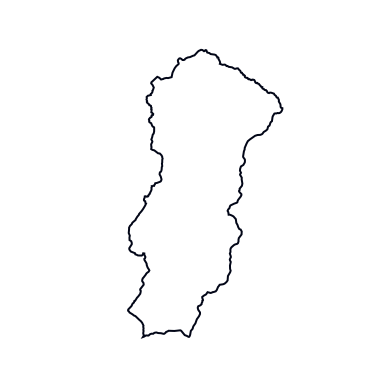 outline of Acevedo, Huila, Colombia, rotated 324°
{"feature_id": "7082276B6986127045268", "entity_name": "Acevedo", "entity_type": "district", "adm_level": 2, "iso_a3": "COL", "parent_name": "Colombia", "parent_adm1": "Huila", "projection": "mercator", "projection_center": [-75.971, 1.706], "detail": "fine", "context": "isolated", "style": "outline", "palette": "ink", "viewbox_px": 384, "rotation_deg": 324, "n_neighbors": 0, "source": "geoboundaries", "source_scale": "gbopen_adm2", "svg_char_len": 6036}
<svg xmlns="http://www.w3.org/2000/svg" viewBox="0 0 384 384"><g transform="rotate(324 192 192)"><path d="M316.9,166.1L316.2,165.5L316.1,165.2L316.4,163.5L315.9,161.9L316.1,160.6L314.5,158.3L313.5,157.4L312.5,157.3L311.8,156.4L311.6,155.6L311.9,154.6L311.8,153.2L311.3,152.9L311.2,152.5L310.7,152.0L310.6,150.6L310.1,150.2L309.9,149.7L310.0,148.9L310.5,148.4L310.1,148.0L309.7,147.1L309.9,146.3L309.6,145.3L309.7,144.1L309.0,143.0L309.0,142.2L308.2,141.9L308.0,141.3L307.7,141.1L307.7,140.2L308.0,139.8L308.2,138.0L307.3,136.8L306.6,136.5L306.3,136.6L306.1,136.4L305.9,136.4L305.5,136.1L305.5,135.7L305.0,135.1L304.8,134.4L304.0,134.0L303.8,133.1L304.0,132.8L303.9,132.2L303.2,131.7L302.5,130.6L302.4,130.1L302.5,129.6L303.1,129.1L302.9,128.0L302.3,127.2L302.6,126.8L302.3,125.5L302.5,124.9L301.8,124.1L302.3,122.2L302.0,121.3L301.8,118.9L300.6,118.2L299.6,117.9L298.8,117.3L297.7,114.7L295.2,112.2L294.8,110.9L294.0,110.4L293.8,108.9L293.4,108.2L291.4,107.0L289.9,104.7L290.4,104.4L291.0,103.5L291.4,102.0L291.6,100.2L291.7,99.7L292.2,99.2L292.1,98.1L291.6,97.9L291.8,97.4L291.7,95.1L291.0,94.1L288.1,91.3L287.8,89.9L286.3,88.1L286.9,85.9L286.6,85.3L285.9,85.1L285.3,85.4L284.5,85.2L283.9,83.3L282.9,82.3L280.3,81.8L279.1,81.9L274.3,82.9L273.0,82.4L269.7,81.7L267.7,80.7L265.7,80.3L264.6,80.3L263.9,80.6L262.9,80.4L261.9,79.6L261.6,78.0L261.0,76.9L260.3,76.5L259.1,76.7L258.0,77.1L257.1,78.7L257.1,79.3L256.9,80.0L256.3,80.6L253.2,80.9L250.7,81.7L246.4,84.0L243.0,87.1L239.6,85.8L238.4,84.7L236.1,83.7L235.3,83.7L233.1,82.8L232.7,80.4L231.6,78.4L223.6,79.4L222.8,80.2L223.0,82.1L222.5,85.0L222.1,85.3L220.3,86.6L219.5,86.8L219.2,87.4L218.6,87.9L217.1,88.5L216.3,88.4L215.7,88.9L215.6,89.3L212.9,88.2L211.1,88.5L210.6,89.6L209.5,90.5L209.1,92.2L208.4,92.5L208.2,93.3L208.8,96.0L208.5,96.7L209.2,97.5L209.4,98.3L208.9,99.0L208.8,100.0L207.7,100.9L207.9,101.4L205.9,103.7L206.3,104.5L206.5,106.1L205.8,106.7L205.2,106.3L204.4,106.3L204.0,106.6L204.0,107.0L203.2,107.5L201.7,107.3L201.4,107.5L200.4,107.6L199.6,108.2L199.5,109.0L198.7,109.9L198.6,110.6L199.4,112.4L199.0,113.8L198.7,115.3L198.7,116.0L199.3,117.1L199.2,117.7L197.0,120.7L195.3,122.2L194.0,122.5L191.7,124.5L190.0,125.6L189.7,127.7L189.4,128.1L187.0,129.4L185.8,131.3L185.7,131.8L184.2,133.3L184.7,134.6L186.0,136.2L187.3,140.7L188.6,142.0L188.9,144.3L188.7,145.8L188.3,146.4L187.8,147.8L187.0,148.3L185.1,150.8L184.5,151.2L183.1,153.6L182.2,154.1L180.7,155.9L179.7,156.8L178.8,157.3L177.8,157.2L177.0,157.7L176.1,158.8L175.8,161.1L174.8,163.8L174.0,164.5L173.0,165.0L172.0,164.9L169.1,164.1L167.4,163.3L166.5,164.0L165.4,164.3L165.0,164.7L164.3,164.1L163.3,164.1L162.9,163.7L162.6,164.2L161.9,164.5L160.8,166.1L159.8,166.9L158.1,167.7L157.7,168.1L156.8,168.3L156.6,168.7L154.6,169.1L154.0,169.3L154.1,169.6L153.8,169.7L152.7,169.3L152.0,168.2L151.2,167.8L150.4,168.7L148.9,169.6L148.3,170.4L148.2,170.8L148.7,172.0L147.8,173.7L147.7,174.2L147.9,174.4L146.2,175.4L142.7,176.9L140.1,177.8L136.2,178.7L135.7,179.2L133.3,179.8L130.6,180.9L130.0,181.4L125.7,181.8L124.3,182.6L121.8,183.0L120.0,184.0L119.5,184.8L116.7,188.0L116.0,190.8L114.7,192.0L113.2,194.2L113.9,196.1L113.3,197.9L112.5,198.9L108.2,200.6L107.5,201.8L107.5,204.2L109.9,208.0L109.5,209.1L110.3,210.2L111.0,211.6L114.0,213.9L115.3,213.8L116.5,212.9L117.3,213.7L116.6,214.6L116.1,217.2L115.0,218.0L114.1,218.1L113.6,219.0L113.3,222.5L113.0,223.7L112.5,224.3L111.7,227.0L111.6,229.2L111.4,230.4L110.1,231.0L108.1,231.0L106.9,231.2L106.2,231.6L102.5,232.7L101.4,232.9L99.9,234.0L99.3,234.9L99.3,237.1L98.4,238.6L93.0,240.2L92.5,240.8L92.5,241.7L91.9,242.5L90.3,243.9L87.1,244.9L85.4,245.2L82.0,246.6L81.6,246.3L81.2,246.3L80.2,247.2L79.4,247.4L78.5,247.3L76.0,248.7L71.6,249.5L70.8,250.0L70.5,250.7L70.8,251.7L70.6,252.7L72.0,256.1L72.4,257.7L73.3,259.2L74.3,264.9L74.7,266.3L74.8,268.5L74.2,271.6L73.3,272.4L72.7,273.8L71.5,275.0L71.2,275.9L69.8,277.3L69.2,278.1L69.1,279.0L68.3,280.0L67.1,280.5L68.1,280.8L70.4,281.0L72.5,282.6L74.5,282.4L75.9,282.8L77.4,283.9L78.7,283.8L79.7,284.2L80.7,284.8L81.7,286.2L83.9,288.0L85.6,290.0L86.3,290.4L88.0,290.3L88.8,290.0L90.3,290.4L91.5,290.5L96.1,294.1L101.2,297.0L101.7,297.9L102.0,303.5L103.2,305.3L104.0,307.1L104.6,307.5L105.4,307.2L106.5,306.5L109.4,303.7L112.2,303.0L113.3,302.0L114.5,301.3L117.5,300.3L121.1,297.8L124.7,296.6L126.8,295.4L127.7,294.1L127.8,291.0L128.2,289.8L128.9,288.7L129.9,288.1L132.3,288.6L133.8,288.4L134.2,287.8L135.7,287.0L136.5,286.0L137.1,286.1L137.4,285.9L138.1,283.6L138.6,282.9L140.8,282.8L143.2,283.1L145.7,282.2L147.8,284.7L149.1,285.1L149.7,285.1L150.6,285.6L152.8,286.3L154.5,285.8L157.3,284.1L158.9,283.7L159.8,283.3L162.9,284.9L164.5,285.3L166.9,285.1L168.8,284.5L171.7,281.1L175.6,279.4L177.0,278.4L177.6,276.6L179.5,273.8L182.2,271.4L182.4,270.9L182.4,269.9L183.0,268.7L185.2,267.5L185.7,266.5L186.4,264.1L187.9,263.1L189.1,261.3L190.1,260.4L191.5,259.9L194.7,259.6L195.8,259.7L198.2,260.5L199.1,260.4L200.6,259.3L201.5,258.0L202.8,256.8L207.1,255.5L209.0,253.2L209.3,251.0L208.5,249.8L208.7,247.8L209.5,245.2L209.7,243.1L211.5,239.7L211.2,236.2L210.8,235.2L209.8,233.4L208.9,232.2L208.3,231.9L209.5,229.7L209.7,228.2L211.0,227.4L212.7,227.1L214.4,225.8L215.3,225.5L219.2,226.2L221.9,227.0L222.6,227.0L223.5,226.2L224.7,225.5L228.8,224.3L230.2,223.5L230.7,222.7L230.4,220.4L230.4,219.3L230.8,218.7L231.7,218.4L232.5,217.3L236.1,216.3L237.7,214.8L239.6,211.0L240.7,209.6L241.0,206.3L241.4,205.9L242.9,205.3L243.3,203.0L244.5,201.6L246.6,200.1L249.4,200.3L252.1,199.1L253.1,198.0L253.9,196.7L253.9,194.0L254.3,193.2L257.9,189.6L259.6,188.5L260.6,187.3L264.6,184.9L267.0,183.7L269.8,183.5L276.1,183.6L278.5,184.4L280.8,185.9L282.3,186.3L283.2,186.3L285.3,185.6L287.9,185.8L289.8,185.6L292.0,183.8L293.8,183.8L296.1,182.1L296.8,181.8L298.3,181.7L301.2,178.7L301.9,178.2L304.7,177.0L305.5,177.3L306.3,178.0L307.7,178.4L308.6,179.3L309.4,179.6L310.8,179.6L311.9,179.3L313.6,178.3L314.4,177.3L313.6,176.2L313.7,175.2L314.5,174.0L315.1,172.9L315.4,169.9L316.4,168.6L316.9,166.1Z" fill="none" stroke="#020617" stroke-width="2"/></g></svg>